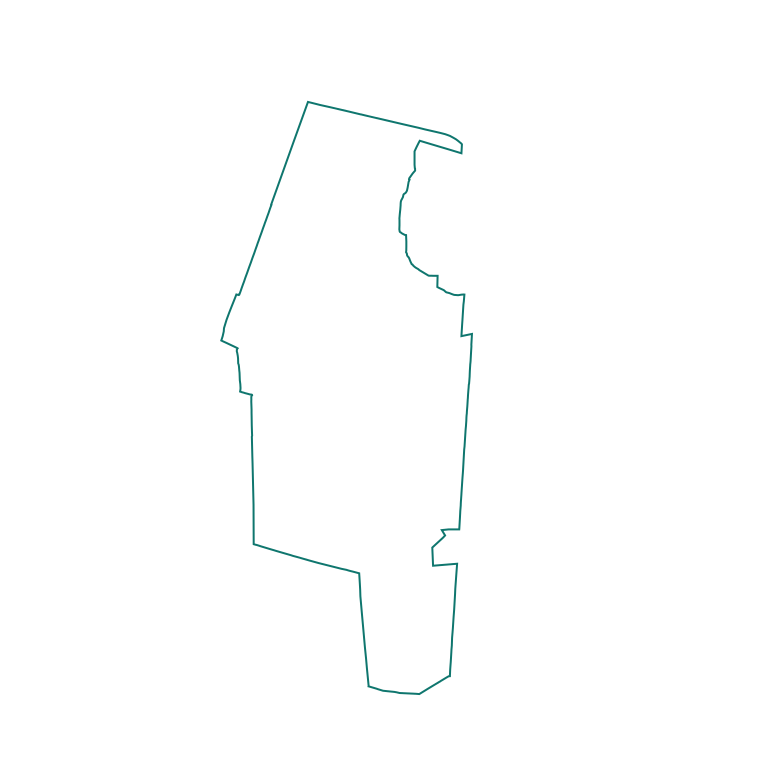 Stalpu, Buzau, Romania, rotated 315°
{"feature_id": "2599482B31548531217148", "entity_name": "Stalpu", "entity_type": "district", "adm_level": 2, "iso_a3": "ROU", "parent_name": "Romania", "parent_adm1": "Buzau", "projection": "robinson", "projection_center": [26.725, 45.071], "detail": "fine", "context": "isolated", "style": "outline", "palette": "teal", "viewbox_px": 768, "rotation_deg": 315, "n_neighbors": 0, "source": "geoboundaries", "source_scale": "gbopen_adm2", "svg_char_len": 4846}
<svg xmlns="http://www.w3.org/2000/svg" viewBox="0 0 768 768"><g transform="rotate(315 384 384)"><path d="M224.0,637.2L228.8,632.8L230.4,631.4L234.6,627.8L241.7,621.5L243.8,619.6L246.9,617.0L252.7,611.6L256.6,608.3L260.0,605.4L268.2,598.2L273.9,593.3L282.1,586.0L285.8,582.7L289.5,579.3L294.7,574.8L301.4,569.0L305.0,565.9L308.6,562.8L290.2,547.2L291.1,546.2L302.5,533.8L317.3,534.4L320.1,534.3L321.6,528.2L327.0,532.6L334.4,540.0L335.0,539.5L342.2,533.1L346.2,529.5L348.3,527.6L350.2,526.0L352.2,524.3L353.8,522.8L355.6,521.2L357.0,520.0L360.2,517.2L362.8,514.9L366.8,511.4L372.5,506.4L376.7,502.8L379.1,500.7L394.3,487.1L396.8,485.1L409.3,474.1L412.2,471.7L416.1,468.3L418.9,465.7L420.3,464.5L421.7,463.4L422.8,462.4L423.7,461.6L425.0,460.5L426.9,458.9L428.5,457.5L431.2,455.1L432.2,454.2L433.4,453.2L435.5,451.3L437.6,449.5L439.7,447.7L441.4,446.3L442.4,445.4L443.7,444.3L444.3,444.0L446.2,442.4L449.8,439.3L451.5,437.7L453.9,435.5L455.7,433.9L458.2,431.7L459.1,430.9L460.0,430.2L461.2,429.2L462.0,428.5L463.1,427.5L464.0,426.7L466.9,424.1L471.4,420.1L472.2,419.4L473.1,418.5L473.3,418.2L481.6,410.8L472.6,404.9L476.2,401.7L478.6,399.6L481.3,397.2L484.4,394.5L486.9,392.3L496.2,384.1L498.9,382.0L504.1,377.6L503.6,377.0L501.7,375.4L499.7,374.0L499.2,373.6L497.4,371.5L496.7,370.7L496.4,370.2L495.6,368.5L494.5,365.9L493.6,364.4L493.1,363.6L492.8,362.9L492.8,362.5L492.7,361.4L492.7,360.6L492.6,359.8L490.9,355.1L490.6,354.2L490.3,353.1L498.4,345.4L492.8,339.7L492.1,338.8L489.5,328.4L489.5,327.2L488.8,324.6L488.5,322.9L488.4,321.0L488.6,319.6L488.3,318.9L488.7,317.8L489.3,316.1L490.2,314.0L490.6,313.2L490.8,312.5L491.0,311.9L491.0,311.5L491.0,310.8L491.0,310.5L491.1,310.1L491.3,309.6L491.4,309.2L491.6,308.9L492.0,308.5L492.5,307.7L492.6,307.1L492.8,306.4L494.0,305.5L497.1,302.5L500.6,299.0L504.9,294.3L504.2,293.4L503.6,291.6L503.1,289.8L503.1,289.0L502.8,288.0L502.9,287.3L504.2,285.5L507.0,282.9L510.8,279.1L512.1,277.7L513.2,276.8L515.7,274.7L517.8,273.0L518.8,272.2L522.2,269.3L522.9,268.6L524.3,267.4L524.8,267.0L525.7,266.5L526.1,266.3L527.1,266.0L527.8,265.8L529.6,265.2L530.7,264.5L531.4,264.0L532.1,263.8L532.5,263.8L533.2,263.9L534.0,264.1L534.9,264.1L535.7,263.9L537.0,263.5L539.5,261.9L544.3,258.5L546.5,257.6L546.4,257.0L547.3,256.4L553.1,255.4L556.9,255.1L558.4,253.5L558.4,253.2L560.6,250.6L562.3,248.9L570.1,241.1L571.2,240.7L574.5,239.5L579.0,238.0L581.3,237.3L582.8,240.1L583.7,241.8L586.5,247.0L591.1,255.5L595.6,263.8L601.9,275.6L606.6,271.4L608.6,269.6L608.6,269.1L608.7,268.6L608.4,265.6L608.4,265.4L608.3,264.7L608.3,264.4L607.9,261.7L607.1,258.7L606.6,257.0L606.3,256.0L606.1,255.3L605.2,253.3L604.0,250.8L603.9,250.6L602.6,248.4L601.3,246.2L599.0,242.5L592.9,232.8L589.6,227.3L581.2,213.9L576.3,206.0L561.9,182.9L561.8,182.7L560.8,181.1L558.3,177.0L558.1,176.8L551.8,166.5L546.5,158.0L541.2,149.5L536.1,141.5L534.5,138.8L530.3,131.8L529.7,130.8L489.9,149.5L447.7,169.5L431.0,177.4L431.1,177.7L429.6,178.4L427.4,179.4L425.6,180.3L423.6,181.3L419.5,183.2L416.6,184.6L413.5,186.0L411.7,186.9L409.3,188.0L407.8,188.7L406.4,189.4L404.3,190.4L402.8,191.1L400.2,192.3L396.5,194.1L394.5,195.0L391.9,196.3L390.2,197.1L388.5,197.9L384.6,199.8L382.4,200.8L379.8,202.0L375.9,203.9L371.1,206.1L365.9,208.6L361.1,210.8L357.7,212.5L354.6,213.9L350.8,215.7L348.6,216.8L346.0,218.0L344.8,218.5L344.5,218.0L344.0,218.1L342.9,216.3L338.4,218.3L331.4,221.3L325.2,224.0L318.0,227.3L310.3,231.4L307.9,233.5L303.6,236.2L299.7,238.2L300.5,240.5L301.7,243.7L302.8,246.8L304.6,251.8L305.6,254.7L305.7,255.2L305.3,255.2L304.5,255.7L304.0,255.8L303.6,256.3L303.1,256.7L302.1,258.4L301.6,259.1L300.5,260.7L298.9,262.7L295.5,266.3L294.9,267.6L293.7,269.2L291.4,271.9L289.7,274.0L284.7,279.4L282.3,282.5L279.6,285.5L278.9,286.1L278.3,286.6L276.9,287.6L277.7,289.3L278.6,290.8L279.3,292.2L281.0,295.1L281.7,296.4L282.4,297.3L282.8,297.8L282.9,298.0L283.0,298.2L283.0,298.4L282.8,298.7L282.5,298.7L282.2,298.7L282.0,298.8L281.8,298.9L281.3,299.1L280.9,299.5L280.7,299.7L280.4,299.9L279.6,300.8L277.8,302.5L276.4,304.0L275.0,305.5L272.2,308.5L269.9,310.8L267.3,313.5L264.5,316.4L261.2,319.8L256.5,324.8L254.2,327.3L253.3,327.8L252.0,329.2L239.7,342.1L235.0,347.1L206.2,377.3L180.2,403.5L178.6,405.1L178.8,405.6L179.1,406.0L179.5,406.8L180.1,407.7L181.0,409.4L182.2,411.8L187.2,421.1L188.9,424.2L189.2,424.8L189.9,426.1L193.3,432.3L197.0,439.0L198.1,441.2L200.3,445.0L206.4,456.0L211.1,464.3L223.3,484.7L226.0,488.8L227.1,490.9L228.2,492.8L229.3,494.6L232.6,500.3L230.5,502.7L227.5,506.1L225.2,508.7L221.7,512.6L217.2,517.4L206.3,530.4L196.2,542.5L184.4,556.6L177.3,565.3L171.1,572.7L159.5,586.8L159.3,586.9L159.7,587.6L163.4,594.4L163.8,595.3L166.4,600.2L169.8,604.4L173.0,608.3L173.5,608.9L174.9,610.9L176.5,613.5L187.5,625.6L189.7,628.2L200.2,630.7L219.7,635.5L223.1,636.4L224.0,637.2Z" fill="none" stroke="#0f766e" stroke-width="2"/></g></svg>